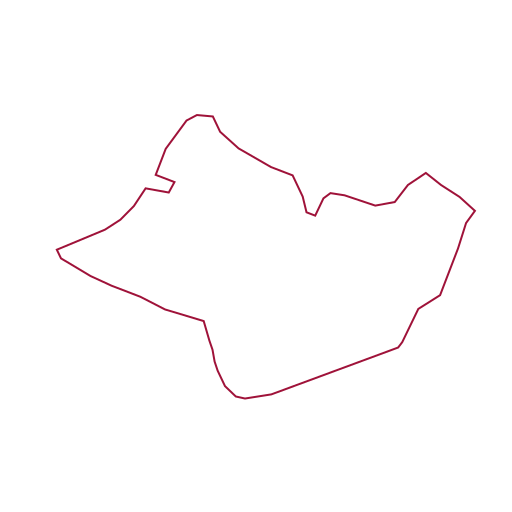 Bucheon-si, Gyeonggi, South Korea (Equal Earth projection), rotated 291°
{"feature_id": "91817680B41928523553758", "entity_name": "Bucheon-si", "entity_type": "district", "adm_level": 2, "iso_a3": "KOR", "parent_name": "South Korea", "parent_adm1": "Gyeonggi", "projection": "equal_earth", "projection_center": [126.801, 37.499], "detail": "fine", "context": "isolated", "style": "outline", "palette": "rose", "viewbox_px": 512, "rotation_deg": 291, "n_neighbors": 0, "source": "geoboundaries", "source_scale": "gbopen_adm2", "svg_char_len": 800}
<svg xmlns="http://www.w3.org/2000/svg" viewBox="0 0 512 512"><g transform="rotate(291 256 256)"><path d="M376.6,444.2L384.1,424.9L388.6,403.3L394.4,384.8L376.8,372.4L356.1,366.2L345.8,349.3L344.4,316.9L341.4,303.0L334.0,298.3L314.9,296.8L314.9,287.5L328.2,278.3L344.4,261.3L344.4,238.2L350.2,201.2L359.1,178.0L370.8,165.7L366.7,151.3L366.4,150.3L357.6,142.6L323.7,133.3L307.5,133.3L295.8,133.3L295.8,153.4L284.0,151.8L279.6,128.7L258.9,124.1L241.3,116.4L226.5,105.6L190.5,67.8L183.9,74.8L178.0,108.7L176.5,131.8L176.5,162.6L173.5,190.2L176.5,230.5L160.3,242.8L152.9,249.0L142.6,255.2L135.2,261.3L123.4,273.7L117.6,287.5L119.0,296.8L132.3,319.9L221.5,421.5L228.0,423.4L264.8,426.5L285.4,441.9L304.6,441.9L335.5,441.9L362.1,440.3L376.6,444.2Z" fill="none" stroke="#9f1239" stroke-width="2"/></g></svg>